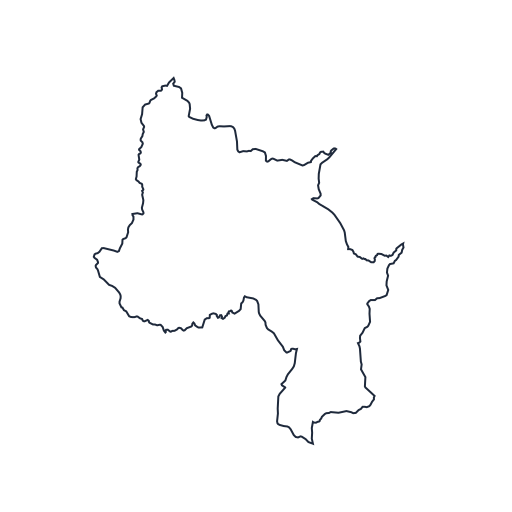 Monapo, Nampula, Mozambique (Natural Earth projection), rotated 315°
{"feature_id": "85939544B30642509050116", "entity_name": "Monapo", "entity_type": "district", "adm_level": 2, "iso_a3": "MOZ", "parent_name": "Mozambique", "parent_adm1": "Nampula", "projection": "natural_earth1", "projection_center": [40.158, -14.808], "detail": "fine", "context": "isolated", "style": "outline", "palette": "slate", "viewbox_px": 512, "rotation_deg": 315, "n_neighbors": 0, "source": "geoboundaries", "source_scale": "gbopen_adm2", "svg_char_len": 6119}
<svg xmlns="http://www.w3.org/2000/svg" viewBox="0 0 512 512"><g transform="rotate(315 256 256)"><path d="M163.5,429.0L166.3,424.6L170.7,420.7L173.8,417.1L178.9,413.6L179.1,414.7L180.6,416.3L182.3,416.8L183.4,417.6L184.3,417.7L185.2,417.1L187.2,417.0L188.9,416.3L193.1,416.4L194.6,416.9L196.6,418.6L198.5,419.2L203.5,425.2L210.3,429.6L212.9,433.8L213.6,435.9L215.6,437.5L219.6,437.5L222.0,438.3L224.7,438.0L226.4,439.7L227.4,441.2L229.9,442.3L231.6,442.2L235.2,441.1L238.0,440.8L239.3,439.4L240.9,438.8L240.4,426.3L240.8,425.2L247.7,419.0L250.1,410.4L254.0,407.4L255.5,404.8L264.0,395.0L265.3,393.0L266.5,389.7L267.9,390.3L269.3,390.3L271.5,387.5L273.3,386.0L277.0,385.6L281.9,383.9L284.7,384.8L286.1,384.7L290.1,383.2L295.4,377.1L299.0,373.8L300.1,371.6L300.6,368.8L301.1,368.3L304.1,367.9L306.0,368.3L309.0,371.3L311.7,371.5L313.7,373.2L319.2,375.7L320.7,376.0L325.5,373.5L327.5,369.0L330.4,366.4L335.5,363.3L336.9,360.3L340.0,357.8L343.6,356.5L345.0,356.4L348.1,358.5L350.8,357.6L352.2,357.9L356.3,357.3L357.8,356.2L361.3,356.6L363.8,355.0L366.3,354.3L368.1,351.7L368.9,351.2L366.7,350.6L360.9,350.0L360.3,350.1L359.1,351.2L355.8,350.9L353.2,351.8L351.4,351.2L350.7,349.9L348.8,350.2L348.5,347.9L347.2,346.8L346.1,343.3L344.4,341.2L343.5,340.5L342.2,341.0L340.8,340.6L339.7,341.2L339.3,341.0L338.2,341.3L337.7,342.4L336.4,343.5L334.7,343.6L333.0,341.8L332.4,338.7L331.2,337.3L331.2,335.5L330.6,335.0L330.3,333.7L329.3,333.3L329.0,332.8L328.7,330.1L327.4,328.3L327.8,325.4L327.0,323.4L327.9,321.9L328.4,319.9L327.4,317.7L326.0,316.3L327.7,314.9L328.6,312.0L330.1,308.9L335.3,302.2L336.4,300.2L338.8,292.4L340.6,282.3L340.7,279.2L340.1,274.0L337.5,264.0L337.3,261.3L335.6,255.9L335.7,255.3L337.5,255.7L340.0,258.6L341.1,259.2L344.5,258.9L345.7,257.7L347.6,253.1L349.9,249.9L352.4,248.9L355.0,245.6L358.5,242.3L366.4,236.8L368.6,236.8L374.8,238.0L377.5,238.1L388.3,237.1L388.2,236.4L387.8,235.6L386.9,234.9L383.9,234.6L382.9,234.8L382.1,235.7L381.5,235.8L378.7,235.6L377.3,232.5L377.1,230.9L377.4,229.8L375.6,228.3L374.6,228.1L372.8,228.7L370.8,228.2L369.6,228.5L368.6,227.3L365.3,227.2L362.3,227.6L361.2,228.4L358.7,226.8L354.3,225.7L352.9,224.9L349.7,217.1L349.0,213.7L348.2,211.6L347.5,211.0L345.1,210.6L342.6,206.6L338.5,203.6L337.1,199.6L336.4,198.6L334.9,198.1L331.7,197.8L330.6,197.2L330.4,195.6L333.8,192.3L335.5,189.1L334.9,186.8L331.5,180.1L329.2,178.2L326.5,178.1L325.3,176.6L323.5,175.6L321.1,172.8L317.7,171.0L317.4,169.5L318.0,167.6L323.5,161.6L329.8,152.6L330.7,150.6L330.9,148.7L330.3,146.9L329.4,145.7L325.0,141.8L321.9,138.4L320.3,137.3L317.8,136.9L317.0,136.4L316.8,135.8L316.6,134.9L317.6,131.9L321.9,123.8L322.0,122.0L321.6,121.4L320.4,121.6L319.4,122.9L317.1,124.2L315.3,123.5L312.9,121.3L311.0,118.7L308.5,114.4L307.1,110.4L307.3,109.5L313.5,105.3L316.5,101.7L317.1,100.3L317.2,97.8L315.6,91.8L319.2,88.5L321.5,84.5L321.1,82.1L318.3,77.5L319.3,75.6L321.7,75.3L322.7,73.9L323.6,71.9L317.2,71.8L313.4,72.8L312.4,71.4L309.7,69.7L308.5,70.0L307.4,71.7L306.4,72.0L305.6,71.9L303.7,70.0L301.4,69.8L300.0,70.6L299.3,72.3L298.4,72.6L295.4,72.5L292.1,71.4L291.1,71.4L288.9,72.4L288.0,72.4L284.7,70.5L281.0,70.7L275.7,75.2L271.2,77.6L269.2,80.8L268.7,84.8L268.2,85.6L265.7,86.6L264.4,88.9L262.1,89.7L260.4,90.9L257.6,91.5L256.5,92.3L256.1,92.9L256.1,95.3L255.3,96.6L251.9,97.9L248.9,97.8L248.4,98.2L248.4,100.4L247.6,101.5L246.7,101.7L245.5,101.2L244.5,101.4L241.6,105.3L239.2,106.3L239.0,107.0L239.5,109.0L239.0,110.0L237.3,110.3L235.5,109.8L234.2,110.1L233.0,111.5L231.3,112.1L227.8,115.3L225.4,116.7L225.1,117.9L225.6,120.2L225.4,122.0L226.3,124.2L225.9,125.2L224.5,126.6L223.5,129.2L223.0,129.5L221.5,129.4L220.9,131.1L218.8,132.2L215.8,136.9L213.5,138.8L209.4,141.2L208.3,142.7L207.3,145.5L206.5,146.3L205.1,146.3L204.7,145.9L202.4,141.9L198.3,138.9L197.5,139.9L197.2,141.5L195.1,143.6L191.5,145.0L188.6,144.9L186.0,145.5L184.1,146.8L182.4,148.8L177.7,151.2L176.4,151.2L174.1,150.1L173.1,150.1L170.2,152.7L165.2,154.3L162.5,155.6L160.9,155.0L159.3,151.6L153.9,142.7L152.5,141.5L148.3,142.3L146.0,142.0L144.2,140.9L143.0,140.7L140.7,141.9L140.5,143.2L141.0,146.3L139.9,148.7L139.3,149.2L136.5,149.2L135.6,149.6L134.7,151.0L134.6,153.0L134.1,154.4L130.8,160.4L131.8,164.9L131.7,172.5L133.1,175.4L133.9,178.9L133.4,185.1L132.8,187.2L132.0,188.6L130.4,190.1L127.2,191.8L126.0,193.0L124.5,197.2L125.1,198.0L124.3,200.9L125.1,203.4L123.7,208.9L124.4,210.6L125.5,212.0L127.0,213.4L129.0,214.4L129.5,215.2L129.9,218.0L130.9,220.0L130.3,221.5L130.3,222.4L131.0,223.4L134.2,224.6L134.3,226.2L133.7,226.8L133.5,227.8L134.7,231.5L136.2,233.1L137.1,235.1L139.4,236.6L139.9,237.3L139.8,240.2L138.1,243.6L137.8,246.0L138.4,246.0L139.6,244.7L140.2,244.6L141.5,245.7L141.9,248.9L142.2,249.3L143.9,249.8L145.5,251.3L148.3,252.1L150.0,252.0L150.9,252.4L151.9,254.1L151.8,256.5L152.1,257.6L153.0,258.1L156.0,258.1L160.4,260.1L161.7,260.0L163.1,258.9L164.7,258.7L164.7,260.2L163.9,262.0L164.4,264.9L164.8,266.0L167.5,268.5L174.8,264.7L177.2,265.2L178.7,266.7L179.6,266.9L181.7,265.0L183.8,265.6L185.3,266.4L186.6,268.5L186.6,270.1L185.9,270.5L185.4,272.8L186.4,273.2L188.7,272.5L189.6,273.3L189.0,274.9L187.8,275.4L188.2,277.1L190.2,277.5L192.0,276.9L193.4,277.5L195.0,276.6L196.1,277.4L196.5,276.4L197.7,276.0L198.3,276.6L199.8,276.9L200.0,277.3L200.0,277.9L199.3,279.1L200.1,281.6L205.2,282.8L207.6,282.7L212.0,279.1L213.7,279.2L215.6,278.6L218.1,276.9L219.6,276.6L220.2,278.5L224.0,284.0L225.0,287.0L225.0,288.6L223.5,291.9L218.4,297.5L217.6,298.8L216.8,301.2L216.2,308.2L215.7,309.6L214.1,311.5L212.8,314.6L212.7,316.4L213.7,320.6L214.0,323.3L211.9,331.0L210.8,339.2L209.3,342.6L209.3,345.8L209.8,346.3L213.1,347.5L213.7,347.5L214.8,346.7L215.7,346.9L216.6,347.7L217.8,349.8L219.2,350.7L215.6,352.9L207.6,359.2L204.7,360.8L202.0,361.4L194.9,362.2L192.0,363.1L188.7,364.8L183.4,364.6L182.9,365.8L183.7,369.4L183.6,369.7L175.4,370.2L172.5,371.1L163.5,379.2L160.1,382.9L154.0,387.8L152.9,389.5L152.8,390.5L153.3,392.2L155.4,395.9L157.6,398.7L158.2,400.4L158.0,403.0L156.1,409.3L156.1,412.0L157.4,414.0L159.9,415.0L160.6,416.1L161.6,420.6L161.5,424.6L163.5,429.0Z" fill="none" stroke="#1e293b" stroke-width="2"/></g></svg>